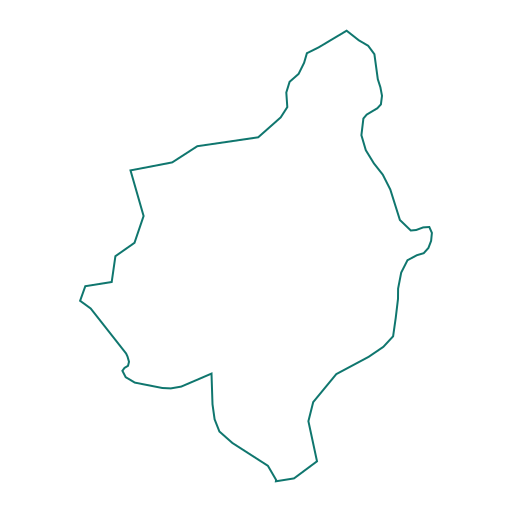 the District of Nebbi
{"feature_id": "UGA-3084", "entity_name": "Nebbi", "entity_type": "District", "adm_level": 1, "iso_a3": "UGA", "parent_name": "Uganda", "parent_adm1": "", "projection": "robinson", "projection_center": [31.298, 2.468], "detail": "fine", "context": "isolated", "style": "outline", "palette": "teal", "viewbox_px": 512, "rotation_deg": 0, "n_neighbors": 0, "source": "natural_earth", "source_scale": "10m", "svg_char_len": 1059}
<svg xmlns="http://www.w3.org/2000/svg" viewBox="0 0 512 512"><path d="M170.8,388.4L162.3,388.0L134.8,382.6L125.7,377.2L122.4,370.8L124.5,367.9L128.0,365.8L129.0,361.8L127.5,356.5L126.1,353.5L90.7,308.5L80.1,300.8L85.3,286.2L111.7,282.0L115.4,256.2L134.5,242.8L143.6,216.0L130.5,170.4L172.2,162.4L197.3,146.2L258.2,137.3L280.7,117.4L287.3,107.1L286.3,92.5L289.6,81.8L298.6,73.9L304.1,62.8L306.9,53.2L318.6,47.4L346.6,30.7L358.8,40.3L368.2,45.8L374.4,54.2L377.8,79.2L380.4,87.3L382.0,95.8L380.9,104.4L377.4,108.2L366.7,114.6L363.4,118.5L361.4,135.2L365.8,150.2L373.9,163.4L382.8,174.7L390.3,189.5L399.9,220.0L410.8,230.5L416.2,230.0L423.2,227.4L429.3,227.0L431.9,232.9L431.1,240.9L428.4,248.0L423.7,253.2L416.9,255.2L407.5,260.2L401.2,272.6L398.1,288.6L398.0,298.9L395.7,318.1L393.1,336.3L383.4,346.8L368.7,356.8L336.3,374.1L313.2,402.1L308.4,421.2L317.0,461.3L294.0,478.4L275.9,481.3L276.1,479.9L275.0,478.0L267.9,465.8L232.4,443.0L219.4,431.5L214.6,419.3L212.5,404.3L211.5,373.6L181.2,386.6L170.8,388.4Z" fill="none" stroke="#0f766e" stroke-width="2"/></svg>